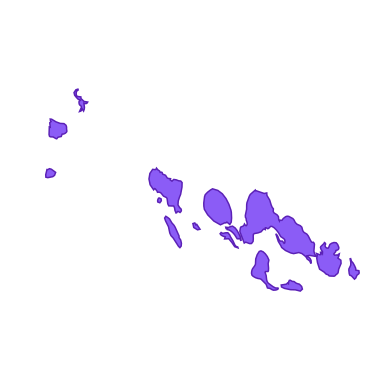 map outline of Western (Equal Earth projection), rotated 342°
{"feature_id": "SLB-3507", "entity_name": "Western", "entity_type": "Province", "adm_level": 1, "iso_a3": "SLB", "parent_name": "Solomon Islands", "parent_adm1": "", "projection": "equal_earth", "projection_center": [157.155, -7.826], "detail": "fine", "context": "isolated", "style": "filled", "palette": "violet", "viewbox_px": 384, "rotation_deg": 342, "n_neighbors": 0, "source": "natural_earth", "source_scale": "10m", "svg_char_len": 6071}
<svg xmlns="http://www.w3.org/2000/svg" viewBox="0 0 384 384"><g transform="rotate(342 192 192)"><path d="M281.5,289.0L282.9,290.1L283.8,291.8L284.1,293.9L283.5,296.3L282.9,296.3L282.7,294.1L281.9,292.8L280.8,291.3L280.5,289.4L279.6,287.6L277.5,284.5L274.9,282.6L269.6,282.0L267.1,280.5L262.8,276.5L260.1,272.4L259.9,270.5L258.8,265.7L258.8,257.6L259.5,259.1L259.9,260.7L260.1,264.3L260.6,265.9L262.9,266.7L263.7,269.3L264.4,269.1L265.1,267.8L265.4,266.1L264.9,264.8L262.6,261.8L261.7,257.6L260.6,254.4L259.1,251.4L257.4,249.4L256.1,249.0L254.3,250.0L252.8,250.4L251.4,248.9L250.7,248.7L250.1,250.4L249.1,249.5L248.3,249.5L245.4,251.2L242.1,251.3L238.5,250.8L237.3,251.2L236.5,253.1L235.8,255.6L234.8,257.9L232.7,259.4L230.9,258.9L227.6,256.3L225.9,256.7L225.3,244.5L225.6,243.7L227.0,241.0L227.6,240.4L230.1,240.2L231.1,239.7L232.0,238.6L232.5,240.3L233.1,240.8L233.9,240.4L234.6,239.5L234.9,238.2L234.9,235.4L235.3,234.1L235.0,232.5L235.5,230.7L238.6,225.3L240.1,220.9L241.0,219.1L245.2,213.7L246.7,212.3L252.8,209.7L252.8,210.5L253.4,210.6L260.2,215.7L262.8,216.0L262.2,218.4L263.4,223.7L263.3,228.7L263.5,231.2L264.2,233.2L263.2,235.6L263.6,237.3L265.8,239.9L266.6,242.0L265.9,245.2L266.2,246.7L266.8,245.8L268.0,246.5L268.8,246.7L270.6,245.4L273.4,244.4L275.0,244.4L276.5,245.1L279.7,248.4L280.4,250.2L280.8,253.0L282.0,255.2L284.6,257.5L285.6,259.4L285.4,262.7L285.6,263.9L286.1,265.1L288.2,267.5L289.0,269.7L289.7,274.3L290.2,276.5L290.7,277.0L291.9,277.3L292.3,278.3L292.3,279.6L289.7,285.8L289.5,288.5L290.2,291.7L284.2,288.6L281.5,288.2L281.5,289.0ZM184.7,178.1L185.5,180.0L184.0,184.2L180.4,190.8L178.6,192.9L176.2,196.2L174.7,199.9L175.4,203.0L176.3,204.6L176.3,206.0L175.6,207.1L174.3,207.8L173.2,206.5L172.1,206.1L171.0,207.0L170.3,207.0L170.1,204.3L170.5,201.7L170.3,199.7L165.6,198.0L165.3,195.8L166.3,190.4L165.9,189.3L163.6,187.1L162.3,183.6L161.6,182.6L159.9,181.7L159.1,181.6L159.1,180.7L158.1,177.7L157.5,177.2L156.2,178.1L154.4,172.2L155.1,166.3L157.7,161.3L161.6,158.3L163.8,159.3L164.6,159.4L165.6,158.3L166.4,160.4L167.6,161.9L167.8,162.6L167.8,163.5L169.3,163.8L169.6,164.2L169.6,165.9L172.0,167.9L172.8,171.0L173.7,171.8L175.7,172.7L175.0,173.7L176.3,175.5L178.5,174.4L180.7,175.5L182.8,177.2L184.7,178.1ZM213.8,231.4L208.9,232.0L203.8,226.4L199.9,218.6L198.4,212.3L198.9,209.1L199.8,206.1L202.5,200.3L203.8,198.6L206.8,197.0L210.2,195.8L212.5,195.3L217.1,198.5L220.3,203.1L222.3,208.8L223.3,215.1L223.4,221.4L223.1,223.6L221.6,229.0L220.0,232.8L217.9,234.6L215.9,231.4L214.6,231.9L213.8,231.4ZM306.9,284.5L308.9,283.9L311.4,283.9L313.4,284.8L314.3,286.8L314.5,289.6L314.4,290.6L313.6,291.7L312.7,292.1L310.7,292.1L310.3,293.1L307.9,294.6L307.7,295.4L308.3,296.2L310.2,296.6L311.0,297.2L311.9,296.5L313.0,296.3L311.7,298.5L310.3,299.9L312.5,302.9L311.7,306.0L307.7,310.7L306.0,313.9L305.1,314.6L303.4,315.1L302.6,315.7L301.2,316.0L297.1,314.5L296.3,313.9L296.0,313.0L295.4,312.4L294.3,311.7L292.9,309.0L289.5,304.8L289.5,298.1L290.2,293.5L291.6,290.9L291.5,289.0L294.2,291.2L295.3,291.3L295.6,289.0L296.3,289.2L296.6,289.5L297.0,290.9L297.7,289.2L297.0,286.6L297.0,284.5L297.6,283.7L301.7,281.7L302.3,281.0L303.0,281.9L303.0,282.8L302.2,283.6L301.9,284.6L302.0,285.7L302.7,286.8L303.9,287.5L305.0,286.8L306.9,284.5ZM239.8,291.1L237.3,290.4L236.7,290.9L236.7,294.5L235.9,298.3L235.8,300.4L236.3,302.2L239.9,307.2L241.8,309.1L244.1,309.9L244.1,310.7L242.5,311.2L240.7,311.0L239.0,310.5L237.7,309.4L236.5,307.9L234.1,306.6L234.0,302.7L230.8,296.4L229.6,295.4L228.1,294.7L225.9,293.1L224.1,291.1L223.3,289.5L223.5,287.6L224.2,286.0L225.0,284.7L225.9,283.7L228.5,281.8L230.0,280.4L231.9,275.4L234.6,271.8L237.6,269.3L239.4,269.3L241.2,270.9L242.6,273.4L243.7,276.7L244.1,280.5L242.3,283.6L241.3,288.0L240.4,290.4L239.8,291.1ZM87.8,86.0L91.4,87.4L92.8,89.6L92.8,91.4L92.2,93.2L91.8,95.5L91.1,96.3L89.5,97.0L87.7,97.2L86.4,96.8L84.8,98.8L81.5,98.5L79.8,99.6L78.9,99.0L77.0,96.8L74.3,95.7L73.7,95.0L73.8,93.2L76.4,86.0L77.2,86.6L78.1,82.2L79.7,81.5L79.4,80.4L79.7,78.8L81.0,79.4L84.4,83.3L87.8,86.0ZM165.1,220.3L166.1,229.8L165.6,231.4L166.4,234.2L166.1,237.5L165.0,240.1L163.3,241.2L162.4,239.6L159.9,230.0L158.5,227.0L158.2,224.1L158.9,217.8L157.9,211.1L157.9,208.3L159.6,207.0L161.0,208.7L162.3,210.6L163.3,215.1L164.6,218.1L165.1,220.3ZM263.1,311.1L265.7,312.9L267.1,315.7L267.0,318.5L264.4,319.7L260.1,317.0L255.4,315.3L250.2,312.3L247.8,310.0L248.1,308.0L253.3,308.8L254.8,308.0L255.4,309.0L256.2,307.2L257.3,306.1L258.2,306.3L259.7,308.0L261.3,308.6L263.1,311.1ZM323.7,317.0L326.4,318.4L326.0,320.6L325.4,321.3L323.2,322.1L321.2,324.4L319.6,325.1L317.8,321.2L317.3,320.6L316.3,319.8L316.3,318.2L317.0,314.8L317.5,313.6L320.3,310.7L321.3,308.0L321.7,304.4L322.3,304.4L322.3,307.2L323.2,309.1L323.8,312.1L324.1,315.1L323.7,317.0ZM117.3,72.5L120.6,74.2L119.7,75.0L118.6,75.2L117.6,74.9L116.6,74.2L115.9,78.2L115.1,80.0L113.9,81.5L113.2,78.8L112.6,79.8L111.8,80.5L110.9,80.7L109.9,80.7L112.9,77.4L113.2,76.3L112.1,74.5L111.9,73.4L112.3,71.5L112.7,70.9L114.2,70.3L113.7,69.5L112.5,68.8L111.3,66.4L110.3,63.7L110.5,61.0L113.2,58.9L115.3,58.9L115.3,59.8L113.9,60.2L112.9,61.2L112.2,62.8L111.9,64.7L112.8,65.8L115.7,67.2L115.3,68.8L117.3,72.5ZM223.9,253.0L223.3,253.0L223.1,251.1L222.3,250.8L221.4,250.9L220.5,250.4L219.3,245.7L218.3,243.4L217.2,241.5L215.8,239.8L213.9,238.6L214.6,237.7L213.6,237.6L213.1,237.3L213.2,235.9L215.6,237.0L217.9,236.8L220.0,237.0L221.9,239.5L222.9,242.2L223.6,245.7L224.0,249.4L223.9,253.0ZM63.7,125.8L65.3,126.9L68.4,131.2L66.4,133.7L64.3,134.4L59.3,133.8L57.6,132.8L58.2,130.4L61.0,125.8L61.6,126.1L63.7,125.8ZM215.9,251.2L216.4,255.6L217.1,257.4L218.5,258.4L218.5,259.4L215.7,257.2L214.3,252.3L212.5,247.8L208.5,246.7L209.8,244.9L208.2,243.9L206.5,242.2L205.8,240.4L207.2,239.5L208.5,240.9L211.0,241.1L213.5,241.8L214.6,244.5L214.7,246.2L215.9,251.2ZM185.1,222.3L185.5,224.5L186.5,224.2L188.1,229.9L185.6,229.7L182.7,226.3L183.1,222.3L185.1,222.3ZM159.1,187.6L160.5,189.0L160.1,190.9L158.1,192.3L156.4,191.0L156.5,189.9L157.2,188.6L158.3,187.5L159.1,187.6Z" fill="#8b5cf6" stroke="#5b21b6" stroke-width="1.5"/></g></svg>